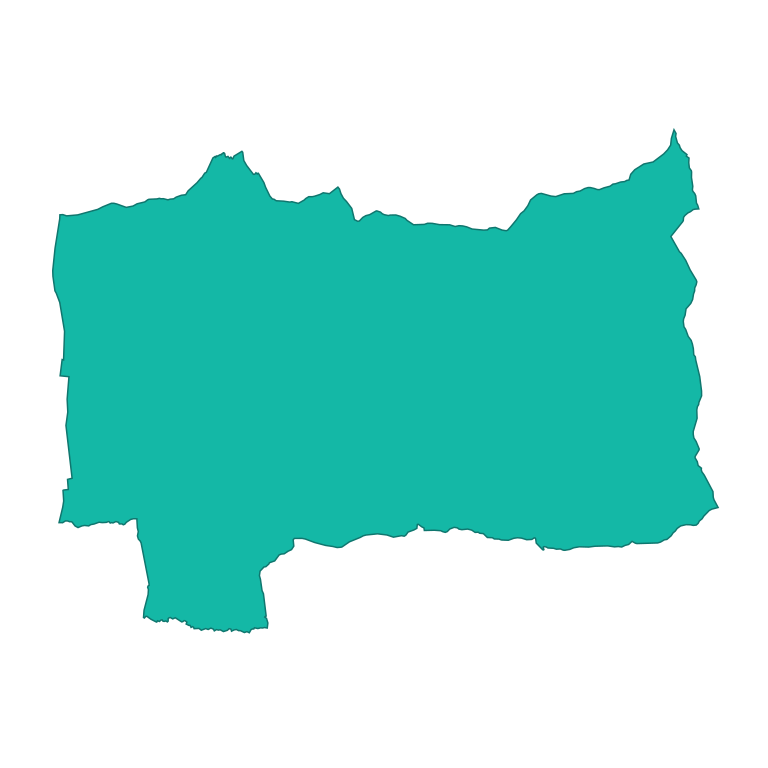 the district of Rosiile, Vâlcea, Romania, rotated 88°
{"feature_id": "2599482B62585031131856", "entity_name": "Rosiile", "entity_type": "district", "adm_level": 2, "iso_a3": "ROU", "parent_name": "Romania", "parent_adm1": "Vâlcea", "projection": "natural_earth1", "projection_center": [23.93, 44.897], "detail": "fine", "context": "isolated", "style": "filled", "palette": "teal", "viewbox_px": 768, "rotation_deg": 88, "n_neighbors": 0, "source": "geoboundaries", "source_scale": "gbopen_adm2", "svg_char_len": 6070}
<svg xmlns="http://www.w3.org/2000/svg" viewBox="0 0 768 768"><g transform="rotate(88 384 384)"><path d="M511.2,713.6L511.4,710.0L509.7,707.1L509.9,704.8L510.7,703.0L510.7,701.3L511.2,700.5L515.1,697.7L516.8,694.8L515.3,690.9L514.9,688.3L515.5,684.0L514.3,682.0L513.8,678.6L512.2,673.6L512.7,670.4L512.6,666.3L511.9,664.4L512.0,663.5L513.4,662.5L513.0,661.0L513.4,659.7L512.1,656.7L513.0,654.1L514.6,653.4L514.7,650.6L515.6,649.5L515.1,648.0L513.2,646.3L510.5,641.9L509.9,639.0L510.1,635.7L519.2,635.5L522.9,634.7L527.2,635.7L530.4,634.9L532.5,633.1L534.3,632.3L575.3,625.8L577.1,625.8L577.6,626.8L578.9,627.3L581.2,626.6L586.2,627.1L601.7,631.7L609.0,632.5L609.5,631.6L608.0,630.3L607.9,629.1L611.0,625.1L614.0,619.7L613.8,619.2L612.7,618.7L613.5,616.7L612.2,615.2L612.0,614.0L613.3,613.2L613.6,612.0L613.2,610.4L614.2,608.8L613.5,608.0L611.0,607.9L610.4,607.4L609.9,605.8L611.4,603.3L610.3,600.8L614.7,594.5L614.5,593.4L613.5,592.0L613.8,590.8L615.1,589.3L617.0,590.1L618.4,587.5L618.5,586.2L620.5,585.3L619.8,584.0L620.5,582.8L621.9,582.3L621.8,577.4L623.7,575.2L622.2,570.7L623.2,568.3L621.9,565.5L623.1,563.0L624.8,562.2L623.6,560.0L624.2,558.0L623.9,556.3L625.8,553.1L624.7,549.1L623.1,547.3L623.7,545.5L625.7,545.0L624.5,542.3L624.2,540.1L625.4,537.9L625.5,536.1L627.5,532.2L626.7,529.6L627.9,527.3L624.8,525.4L624.1,523.6L624.3,522.7L623.1,522.0L624.0,518.6L623.4,515.9L623.6,513.7L623.2,512.0L623.8,509.2L618.8,508.4L614.1,509.6L612.8,511.3L612.2,510.9L612.0,510.0L611.5,509.9L589.4,511.8L586.2,513.1L574.9,514.3L571.2,515.2L566.7,514.4L562.7,510.4L562.4,508.4L559.9,505.4L558.6,504.7L557.0,499.4L551.2,494.8L550.4,492.7L550.2,489.6L547.8,485.8L546.3,482.2L542.9,479.8L536.5,480.2L535.2,479.0L535.4,471.3L536.2,468.0L540.0,458.8L543.3,447.9L544.6,440.8L545.8,436.5L545.6,432.6L545.4,431.7L540.5,424.0L536.5,413.1L535.0,410.1L534.3,407.3L533.5,395.7L535.0,386.3L537.4,379.9L536.2,371.8L536.8,369.1L535.9,367.5L532.8,365.1L530.9,359.2L529.4,356.2L526.0,355.7L525.5,355.5L525.4,354.6L528.1,351.2L529.2,349.1L531.8,348.8L531.9,338.8L532.6,332.4L533.7,330.3L534.4,327.9L533.7,325.9L531.2,323.3L529.7,318.9L530.3,315.7L531.6,314.2L532.3,311.3L531.9,305.5L532.6,303.0L533.1,301.4L535.5,298.1L535.4,295.1L536.5,293.5L537.0,289.9L541.0,286.1L541.4,281.0L542.7,279.2L543.0,274.5L544.0,272.0L544.5,265.2L542.7,259.6L542.3,256.0L542.8,252.0L544.6,246.8L544.5,241.7L543.0,239.1L543.2,238.3L544.2,237.8L548.3,237.4L555.2,231.2L555.4,230.4L555.1,230.0L552.7,230.6L552.1,229.8L552.5,227.6L553.6,225.9L554.1,220.3L555.1,217.5L555.0,213.5L556.3,210.7L556.5,209.1L555.8,204.1L554.3,200.1L553.5,194.5L554.1,185.1L553.5,178.8L553.6,166.0L554.8,159.3L554.6,155.5L555.2,152.1L553.7,148.7L552.9,145.1L549.9,141.6L551.9,138.3L552.3,136.8L552.4,116.0L551.6,113.1L549.5,109.2L549.2,106.7L545.7,102.3L542.9,100.3L541.1,98.0L538.6,96.1L536.2,92.5L535.1,87.0L535.4,82.6L536.1,79.9L535.9,76.9L534.2,74.9L531.9,73.6L529.8,70.8L527.3,69.1L521.8,63.4L520.5,60.7L519.1,54.4L511.1,58.3L508.6,58.9L503.0,59.0L486.3,67.1L482.8,69.4L480.8,69.9L479.2,69.7L476.5,72.9L472.6,73.6L468.6,75.7L467.3,75.6L460.8,71.4L459.8,71.3L452.3,74.1L448.7,76.2L445.0,76.7L442.2,76.6L429.2,72.3L420.8,72.3L417.6,71.6L415.6,70.3L413.3,69.9L406.9,67.0L402.1,66.9L387.6,68.2L371.0,71.6L367.7,71.9L365.6,73.4L359.4,73.6L354.8,74.4L351.1,75.5L347.1,78.3L340.0,80.6L337.3,82.2L332.0,82.7L329.4,82.3L325.8,80.7L319.4,79.5L314.2,74.6L310.3,72.6L304.8,71.5L301.8,70.3L298.8,70.1L295.8,68.6L292.8,67.8L291.1,68.3L280.6,74.1L271.1,78.1L263.7,82.5L262.2,84.1L246.6,92.2L232.3,79.9L231.2,79.2L227.9,78.8L226.1,77.4L223.7,74.4L222.4,71.6L220.5,69.0L220.1,67.0L220.0,63.3L216.2,64.3L214.1,65.4L206.8,65.9L204.4,66.9L202.2,68.6L200.7,69.0L197.2,68.5L188.4,69.5L182.9,69.2L181.6,69.4L178.7,71.3L173.5,71.7L168.8,71.3L166.9,73.9L165.3,73.2L161.2,78.0L158.2,79.8L155.6,80.5L153.4,82.3L146.8,83.9L143.8,83.4L140.1,85.3L148.5,88.2L155.3,89.2L159.9,92.4L163.9,96.5L171.5,107.3L173.2,116.7L178.6,125.9L183.0,130.1L188.7,132.0L189.0,134.3L190.1,136.4L190.4,140.4L192.0,145.8L192.2,148.2L194.2,151.1L195.6,157.2L197.3,162.0L197.1,164.1L195.9,167.1L194.9,170.9L194.8,173.2L195.7,176.7L198.0,181.3L198.5,184.8L200.1,188.1L200.2,197.3L202.7,205.8L202.0,210.6L199.0,220.1L199.3,222.7L200.2,224.6L205.2,231.1L210.8,234.0L215.9,238.0L218.5,241.5L224.5,245.9L231.3,251.9L234.6,255.1L235.1,256.5L234.3,260.6L231.4,267.3L231.9,273.2L233.6,275.2L233.7,278.9L232.2,290.5L229.9,295.7L228.8,299.7L228.4,303.5L229.1,307.4L227.2,312.8L226.7,322.9L225.1,330.3L224.9,334.9L225.9,338.1L225.9,348.9L221.2,355.4L219.3,357.0L216.9,362.0L215.5,366.3L215.4,371.9L215.8,373.8L214.8,377.8L213.8,379.8L212.1,381.5L210.8,385.0L210.8,385.8L214.3,392.5L215.1,396.2L216.8,399.4L220.2,402.9L220.5,404.5L218.7,407.8L207.4,410.1L200.3,415.1L196.9,418.1L192.2,420.4L187.6,421.7L185.6,423.2L191.9,431.9L190.8,438.1L192.4,441.5L193.9,446.8L194.3,449.1L194.2,452.7L196.0,455.9L197.3,457.2L200.5,463.3L198.6,469.7L198.9,471.8L197.8,477.8L197.1,485.3L195.5,487.5L195.2,489.1L192.2,491.5L183.2,495.5L178.5,497.0L169.0,502.2L168.9,502.5L169.7,503.4L168.4,504.6L169.9,505.9L169.9,507.2L160.9,513.6L155.8,516.3L147.5,517.1L146.5,517.9L151.0,525.9L153.6,527.2L153.7,527.7L151.9,529.1L153.1,530.5L151.1,532.0L151.8,533.9L150.7,534.7L148.1,535.2L147.3,536.0L147.3,536.6L148.1,536.8L148.3,538.0L149.3,538.8L149.0,539.5L150.5,542.6L150.2,543.1L151.6,544.3L150.7,544.8L152.1,547.1L166.3,554.2L167.0,555.8L171.3,558.8L171.9,559.8L176.3,563.8L184.1,573.0L187.9,575.6L188.3,579.9L190.0,585.2L191.6,587.8L191.8,591.3L192.4,593.5L191.1,598.0L191.1,600.3L190.6,602.1L191.1,604.3L191.2,612.5L191.7,613.8L193.7,616.7L195.3,624.5L197.4,628.6L198.5,635.4L194.8,644.7L194.0,647.5L193.9,650.2L197.1,658.9L199.5,664.0L204.3,684.2L204.9,695.3L203.5,699.1L203.6,702.0L207.6,702.3L236.8,708.0L259.1,711.1L264.9,711.1L279.4,709.6L281.7,708.4L291.2,705.2L320.2,701.4L348.8,703.4L348.3,704.8L364.5,707.4L365.7,698.6L388.1,701.2L401.0,701.0L414.3,703.3L467.3,699.0L468.3,703.6L478.4,703.2L478.8,707.8L479.1,708.5L489.8,708.2L496.0,709.4L511.2,713.6Z" fill="#14b8a6" stroke="#0f766e" stroke-width="1.5"/></g></svg>